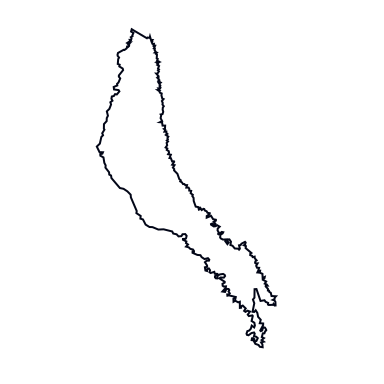 Zentla, Veracruz, Mexico, rotated 54°
{"feature_id": "50627088B99707223574870", "entity_name": "Zentla", "entity_type": "district", "adm_level": 2, "iso_a3": "MEX", "parent_name": "Mexico", "parent_adm1": "Veracruz", "projection": "orthographic", "projection_center": [-96.71, 19.078], "detail": "fine", "context": "isolated", "style": "outline", "palette": "ink", "viewbox_px": 384, "rotation_deg": 54, "n_neighbors": 0, "source": "geoboundaries", "source_scale": "gbopen_adm2", "svg_char_len": 6040}
<svg xmlns="http://www.w3.org/2000/svg" viewBox="0 0 384 384"><g transform="rotate(54 192 192)"><path d="M359.1,226.1L356.7,224.6L354.3,224.5L355.3,221.9L352.7,222.7L352.5,219.7L350.4,220.8L348.0,217.8L348.9,216.5L347.7,214.7L347.6,213.3L346.9,212.9L344.6,212.7L343.7,213.5L343.9,214.9L345.3,216.6L345.0,218.1L344.2,218.2L341.5,212.7L340.2,211.7L338.0,214.3L335.8,211.5L331.8,211.9L328.2,210.2L325.1,210.0L325.6,212.2L324.5,213.4L318.6,207.0L314.8,205.9L314.2,203.6L307.4,198.5L308.4,196.9L320.4,200.6L322.2,197.0L324.2,197.0L326.5,195.6L327.7,196.7L328.4,196.4L331.0,192.7L330.5,191.9L332.4,191.9L332.9,191.1L329.9,189.1L328.2,189.0L326.8,190.0L327.1,188.1L326.0,187.0L325.7,185.4L322.9,188.8L319.8,187.5L318.3,188.2L317.1,187.7L316.3,188.5L315.0,187.5L311.7,187.9L311.1,187.3L312.1,185.9L310.7,185.9L308.9,187.0L308.0,184.6L304.6,186.3L304.0,185.7L304.3,184.0L303.5,183.1L303.1,185.4L299.6,183.1L297.1,184.6L295.5,186.4L295.1,185.7L296.0,183.4L295.7,183.1L294.5,184.6L292.8,182.3L291.5,183.9L289.5,183.5L288.3,180.9L287.4,182.3L286.4,182.6L285.3,181.4L285.3,179.9L282.5,180.2L281.1,179.3L280.3,181.2L279.0,180.9L277.3,182.0L276.1,181.0L276.2,179.8L268.9,181.6L267.5,180.2L265.6,181.3L265.6,179.8L264.4,178.3L263.5,178.4L262.9,182.4L263.5,183.8L262.8,185.3L266.0,186.6L266.3,187.8L265.1,187.9L262.8,190.6L259.3,190.8L257.5,192.1L255.1,189.7L252.3,189.6L251.4,191.0L252.9,192.2L254.4,192.1L255.0,194.0L251.3,194.0L250.5,192.1L248.7,194.9L246.5,196.0L245.4,196.0L243.3,194.2L243.5,191.6L242.9,190.4L241.8,191.4L241.9,195.3L241.3,195.5L240.3,194.1L238.1,193.9L236.7,192.7L236.3,190.0L233.6,191.2L233.6,192.9L232.7,194.6L229.6,195.8L229.1,195.5L229.4,194.2L231.6,193.5L232.2,192.5L231.5,191.7L228.9,192.0L229.2,189.5L228.5,189.0L226.4,190.9L222.5,190.6L221.4,195.2L220.1,194.2L220.2,190.6L219.6,190.1L217.9,191.7L216.2,191.5L214.5,192.5L213.0,192.1L212.3,192.7L212.3,194.7L209.4,194.6L209.2,195.1L210.5,196.1L210.3,196.8L207.9,195.8L206.0,197.6L200.3,195.9L197.7,194.2L195.4,194.1L194.8,193.0L192.2,193.8L190.6,192.0L189.2,193.4L187.8,192.3L186.4,192.2L185.1,194.0L183.5,192.0L182.5,193.4L181.1,193.5L180.3,194.6L178.2,194.5L176.5,195.3L175.9,194.2L174.1,194.7L168.7,193.1L164.0,193.8L163.0,192.9L161.0,193.1L160.0,190.4L158.3,192.0L157.1,188.7L156.5,188.6L155.6,190.1L152.2,189.2L151.3,190.2L149.4,187.2L147.4,189.1L146.7,187.5L145.3,186.8L143.1,187.7L142.3,186.4L140.5,187.2L139.6,184.6L137.4,183.7L137.0,181.7L135.5,182.1L135.3,180.6L133.9,180.2L133.3,178.6L130.5,179.6L130.5,177.8L129.3,178.1L128.0,177.2L127.0,178.8L126.0,177.1L124.5,177.6L124.7,176.5L122.5,174.7L121.0,176.8L118.1,175.3L116.7,176.9L117.1,174.5L113.8,174.0L111.7,171.7L110.9,171.7L111.6,170.0L110.2,168.1L108.2,167.4L106.5,165.9L106.0,164.4L103.9,164.5L102.7,163.3L100.7,162.9L100.1,160.4L98.9,161.1L95.8,159.9L94.5,158.6L92.7,159.6L91.5,159.1L89.4,159.8L90.4,158.3L88.3,158.3L89.3,156.6L88.9,156.0L87.2,156.0L87.1,155.0L84.3,154.8L85.1,154.1L85.1,153.0L83.3,153.7L82.7,153.0L82.2,153.7L81.4,152.6L79.3,152.9L79.6,151.9L78.7,151.8L78.6,151.0L75.2,151.3L75.9,150.4L75.0,147.9L73.5,148.0L73.4,146.7L72.1,146.9L70.7,144.6L68.8,145.4L68.6,144.2L67.1,144.5L67.5,142.7L66.3,143.8L66.6,142.3L65.2,143.0L64.2,141.5L63.1,142.0L60.4,139.7L59.1,140.0L58.7,138.6L57.4,140.0L57.3,138.9L55.3,138.9L54.3,137.9L53.4,138.5L52.7,136.8L51.7,137.2L51.6,136.0L50.7,136.8L49.7,135.7L48.9,136.9L47.3,136.6L46.8,135.6L46.1,136.0L45.7,134.7L44.8,135.8L41.5,134.6L42.4,135.7L40.9,137.2L41.1,138.1L24.9,145.1L26.4,147.0L28.9,145.9L30.2,148.2L30.9,148.4L30.8,150.5L32.0,150.5L33.2,151.9L32.4,152.9L33.5,153.1L33.4,155.6L34.5,154.2L34.4,155.9L35.1,155.2L35.4,157.0L36.1,156.4L36.9,157.1L37.1,158.6L36.4,159.3L37.4,160.4L37.4,163.2L36.8,163.7L36.0,170.1L37.1,171.5L38.1,172.1L40.4,172.0L41.1,173.6L44.8,176.8L46.5,175.7L47.7,177.0L51.4,175.5L52.9,176.1L54.7,182.6L55.7,183.4L57.9,183.3L60.2,187.1L60.5,189.1L61.9,189.8L61.0,193.6L63.2,194.8L66.4,191.5L67.9,191.6L68.9,195.5L67.6,196.7L68.4,198.8L67.6,200.7L69.2,202.4L71.4,202.7L71.4,205.3L73.6,206.0L76.2,210.0L76.7,213.5L80.9,215.2L82.1,217.5L84.5,219.4L85.3,223.3L89.0,226.1L90.1,226.2L91.7,230.1L93.8,230.6L94.2,233.0L98.7,238.1L99.3,242.3L105.4,243.4L107.5,240.7L108.3,242.0L107.5,244.0L108.8,244.8L112.0,243.3L116.9,245.8L119.7,246.2L121.4,247.7L127.3,247.5L129.3,248.7L131.1,247.8L133.4,249.0L146.4,248.0L149.2,245.5L153.5,243.9L158.1,243.2L160.4,244.6L174.9,247.9L176.4,249.4L181.2,247.6L183.2,249.4L185.4,247.8L191.1,248.7L195.3,247.0L197.2,244.6L202.6,241.3L205.5,236.9L212.3,231.2L214.6,231.6L217.2,229.3L220.0,229.0L221.5,226.5L220.6,224.5L222.1,222.2L224.3,222.1L225.9,224.0L226.1,224.7L224.7,226.9L225.3,227.4L228.7,225.6L229.8,226.9L232.1,226.1L232.7,228.9L234.8,227.2L237.0,226.8L239.1,225.0L241.0,225.1L241.5,225.6L240.6,226.6L241.5,227.3L246.0,224.7L248.1,222.3L250.3,222.5L253.6,221.3L254.9,218.0L256.9,217.8L257.5,218.6L256.2,220.5L256.4,222.8L260.3,223.0L261.4,223.7L260.5,225.8L263.4,227.3L264.7,226.3L263.3,225.2L263.8,223.3L265.9,223.4L267.1,225.0L268.5,224.5L269.7,220.9L271.5,221.6L273.2,219.6L273.9,220.0L273.6,222.9L274.6,223.6L275.9,223.4L276.8,222.3L274.7,220.4L275.1,217.8L276.6,215.0L278.2,214.3L279.4,214.6L280.0,216.5L277.9,219.3L278.0,220.6L283.8,218.3L284.5,218.8L284.2,221.3L285.9,222.3L287.1,221.9L288.3,220.0L289.3,221.0L290.4,225.9L292.3,224.0L290.6,221.1L292.0,219.4L293.3,219.5L293.9,220.9L296.2,221.0L296.4,222.5L295.6,223.7L296.7,224.3L297.3,222.9L302.7,218.3L303.9,219.7L302.9,220.4L302.8,221.3L305.2,222.9L305.4,220.9L308.4,219.5L308.9,217.8L313.9,221.4L314.5,220.3L313.3,219.3L313.7,217.7L317.8,217.0L318.8,219.7L320.4,219.2L320.7,216.8L322.8,215.4L324.0,219.0L325.8,218.9L327.3,215.7L328.0,215.7L331.4,219.6L334.4,218.4L337.0,219.6L338.1,221.3L335.2,222.2L337.2,224.8L337.7,227.2L337.1,229.0L338.7,231.2L339.9,231.5L341.1,230.5L341.1,226.8L342.1,224.4L343.4,224.5L345.1,226.6L346.9,225.1L348.9,224.7L350.4,227.5L350.2,228.5L348.9,228.8L347.7,228.0L346.1,228.5L345.6,229.5L346.9,230.8L348.1,229.5L352.1,230.0L354.9,228.1L357.1,228.1L359.1,226.1Z" fill="none" stroke="#020617" stroke-width="2"/></g></svg>